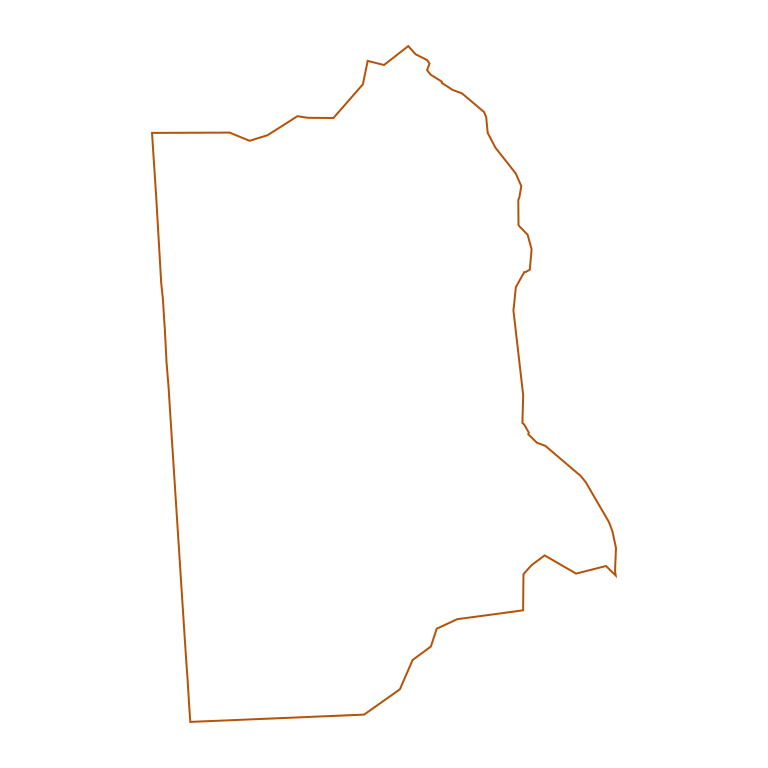 outline of Kent, Delaware, United States of America
{"feature_id": "52423323B47097694246075", "entity_name": "Kent", "entity_type": "district", "adm_level": 2, "iso_a3": "USA", "parent_name": "United States of America", "parent_adm1": "Delaware", "projection": "robinson", "projection_center": [-75.51, 39.098], "detail": "fine", "context": "isolated", "style": "outline", "palette": "amber", "viewbox_px": 768, "rotation_deg": 0, "n_neighbors": 0, "source": "geoboundaries", "source_scale": "gbopen_adm2", "svg_char_len": 1191}
<svg xmlns="http://www.w3.org/2000/svg" viewBox="0 0 768 768"><path d="M152.0,132.9L156.2,196.7L156.2,196.8L161.2,282.8L162.9,299.1L164.6,326.3L164.7,326.6L166.2,355.3L166.5,362.1L168.6,387.6L170.2,413.3L184.8,639.1L187.0,672.0L187.2,673.4L188.8,699.2L188.8,700.5L190.0,717.6L190.3,721.6L190.3,721.9L364.1,714.6L399.9,689.3L412.6,660.0L430.9,646.5L436.7,628.7L457.1,619.2L523.1,610.3L523.5,574.1L531.6,565.1L544.6,555.4L576.1,573.6L606.0,566.0L615.7,575.5L615.1,571.3L615.1,569.0L616.0,548.1L612.5,531.6L609.0,522.2L585.7,482.1L580.6,475.9L545.3,445.8L537.0,442.8L528.3,434.3L528.8,432.6L524.2,424.5L523.4,423.9L522.4,422.9L523.2,395.3L513.4,310.2L513.9,306.3L515.9,287.0L524.3,272.1L525.9,271.9L529.8,269.7L531.6,249.3L527.6,234.7L519.5,226.4L518.7,225.3L518.5,225.0L518.3,200.0L519.4,197.1L521.3,186.1L515.7,173.4L495.5,147.8L487.8,133.1L487.6,132.0L486.2,117.1L484.0,112.0L461.9,93.3L452.7,90.0L441.7,82.8L441.8,81.6L430.9,74.9L429.6,73.4L428.1,71.5L427.1,70.1L429.5,63.5L427.0,60.0L415.6,54.3L408.8,46.7L408.2,46.1L384.0,65.0L367.7,60.9L362.9,84.3L333.4,118.0L308.0,117.8L297.4,116.2L267.5,135.2L249.6,140.8L229.6,132.6L152.0,132.9Z" fill="none" stroke="#b45309" stroke-width="2"/></svg>